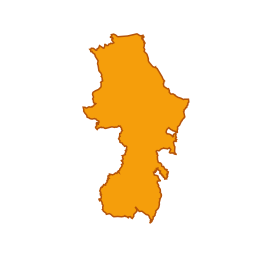 the district of Tianguistengo, Hidalgo, Mexico, rotated 314°
{"feature_id": "50627088B25883643006706", "entity_name": "Tianguistengo", "entity_type": "district", "adm_level": 2, "iso_a3": "MEX", "parent_name": "Mexico", "parent_adm1": "Hidalgo", "projection": "equal_earth", "projection_center": [-98.571, 20.781], "detail": "fine", "context": "isolated", "style": "filled", "palette": "amber", "viewbox_px": 256, "rotation_deg": 314, "n_neighbors": 0, "source": "geoboundaries", "source_scale": "gbopen_adm2", "svg_char_len": 5916}
<svg xmlns="http://www.w3.org/2000/svg" viewBox="0 0 256 256"><g transform="rotate(314 128 128)"><path d="M158.1,45.9L158.0,46.9L157.2,48.1L157.2,48.5L158.0,48.9L157.6,50.3L158.0,52.7L157.6,53.0L157.4,54.2L156.8,54.7L155.6,59.8L153.0,61.5L152.2,63.1L148.9,67.4L149.2,67.9L148.7,68.9L148.8,70.0L148.0,72.2L147.2,72.8L146.5,72.9L146.4,74.0L145.8,75.0L145.1,75.5L144.8,76.5L144.0,77.1L143.2,76.6L141.9,76.7L142.0,77.1L139.2,79.8L138.3,80.1L135.2,80.0L132.1,78.7L129.4,78.1L128.4,78.5L127.4,79.3L126.3,81.7L124.3,82.4L124.2,83.2L122.5,85.4L122.4,86.3L123.2,87.9L122.2,88.0L121.5,87.5L120.0,87.9L118.5,87.2L118.2,87.5L117.0,86.6L116.1,85.2L113.6,84.4L113.2,83.9L113.1,82.8L111.8,81.3L110.3,83.7L109.4,84.3L108.8,86.4L108.5,89.4L107.4,91.1L108.1,92.7L108.4,94.3L109.5,96.0L111.5,97.3L111.6,97.9L112.2,98.5L112.0,100.0L112.7,102.3L111.8,103.2L110.7,102.3L110.8,103.4L110.6,103.6L110.3,102.7L110.3,103.3L109.9,103.9L110.1,103.2L109.8,102.8L109.7,103.3L108.9,101.7L109.1,102.8L108.0,103.5L107.9,104.1L106.2,104.0L105.7,104.5L105.5,106.9L107.2,106.7L110.0,108.1L110.0,108.8L111.3,109.9L111.7,111.6L112.2,112.2L117.7,115.6L119.2,118.0L119.8,118.1L120.4,119.0L121.7,119.8L122.9,119.7L123.2,120.6L123.9,121.0L124.0,121.4L123.5,122.1L123.4,123.5L122.4,124.5L122.3,125.7L120.7,125.8L119.3,126.5L118.3,125.9L116.4,127.6L116.4,128.1L115.3,128.0L114.8,128.6L113.7,128.7L113.3,131.0L112.3,131.8L112.2,132.3L113.1,134.5L112.6,135.5L112.7,137.2L112.4,138.3L113.6,138.9L113.6,140.3L112.2,141.1L111.4,142.3L110.3,141.7L109.8,141.8L109.7,143.0L107.5,143.6L107.0,144.5L104.0,143.1L104.1,144.0L102.7,144.8L102.5,146.0L101.4,146.4L100.0,145.8L99.8,146.4L100.0,147.9L99.4,148.2L98.9,149.3L97.3,148.7L97.0,149.7L95.9,150.3L93.0,150.6L91.7,151.3L90.4,150.9L89.7,152.4L89.6,151.5L89.1,150.9L87.6,151.5L86.9,150.2L85.4,150.2L83.6,149.4L82.0,146.7L81.0,147.9L80.7,147.8L80.2,146.9L79.5,147.0L78.6,147.9L78.7,149.3L77.4,148.7L77.0,149.7L75.7,149.4L75.1,150.7L75.2,149.9L74.2,150.7L72.5,150.5L71.4,151.5L70.8,151.0L70.6,149.9L70.3,149.8L69.0,150.4L68.1,150.0L67.5,150.6L66.5,149.9L64.9,150.5L64.3,151.0L63.1,151.4L62.9,153.0L61.8,153.4L61.8,154.8L60.7,154.6L60.6,156.0L59.0,157.4L58.1,157.7L56.9,156.5L56.4,156.8L56.0,158.2L56.9,158.3L57.1,158.9L56.3,161.4L55.4,162.1L55.2,163.4L54.7,164.3L53.7,164.6L52.3,166.2L51.5,166.2L51.5,167.3L51.1,168.0L51.5,171.2L50.9,172.4L53.5,174.1L54.0,175.9L54.0,178.0L54.3,179.4L57.3,182.1L59.7,185.1L61.6,186.5L62.7,186.7L62.6,187.6L63.4,188.6L63.5,190.0L64.0,190.1L63.9,190.6L65.0,190.4L66.0,191.4L65.6,192.6L65.9,193.9L68.5,193.5L69.8,192.2L74.3,192.2L75.7,190.5L75.9,188.7L76.4,188.7L75.8,194.1L77.8,195.8L78.4,201.4L79.0,201.9L79.4,203.3L79.2,204.6L78.5,205.7L77.9,208.4L77.1,208.3L76.0,209.4L75.2,209.6L75.3,209.9L77.4,210.1L78.7,209.2L78.8,209.5L79.9,209.3L81.8,207.7L82.3,208.2L84.2,208.0L84.7,207.3L86.8,206.6L87.4,205.6L91.0,205.6L92.3,205.2L94.9,203.6L96.1,202.2L98.8,200.7L99.0,200.0L99.5,200.2L101.8,199.5L102.9,198.7L102.8,198.3L103.4,198.0L103.9,196.8L103.9,195.7L104.9,195.4L106.3,193.7L107.1,190.3L108.1,189.9L108.8,187.1L110.2,186.1L112.9,188.2L112.5,187.3L112.9,185.4L113.8,183.3L114.2,183.1L113.9,181.8L112.5,179.6L113.9,177.1L115.0,178.3L115.3,177.6L116.1,178.1L116.2,177.8L116.3,178.1L117.6,178.0L117.8,177.8L117.6,177.2L118.6,176.5L119.0,177.0L119.9,177.3L119.0,178.2L119.0,179.3L119.1,180.0L119.4,180.6L119.1,180.9L119.4,181.3L118.8,181.5L118.7,182.0L117.7,182.1L117.6,183.0L118.2,184.0L117.8,184.7L118.0,185.7L117.5,185.8L117.8,187.2L117.3,187.4L117.2,187.9L117.7,188.9L116.8,189.9L118.2,191.1L118.5,190.5L119.5,190.6L120.2,189.9L120.6,190.1L121.0,189.1L121.6,189.1L121.5,188.5L122.0,188.7L122.5,187.8L123.0,188.3L124.4,187.5L124.2,185.1L125.1,184.9L124.0,183.0L125.0,180.3L124.5,180.0L124.0,178.7L125.2,177.4L125.4,175.7L124.8,175.0L124.4,173.5L126.1,170.7L126.7,170.3L127.7,169.0L129.2,168.4L129.3,166.7L130.1,166.7L130.4,165.0L130.9,164.4L131.9,164.5L133.2,166.2L136.4,166.5L137.6,167.4L138.4,167.5L138.6,168.3L140.0,170.1L140.3,170.9L141.4,171.1L141.9,171.6L142.4,171.5L142.3,173.7L139.3,174.6L139.1,175.0L139.6,176.2L140.8,177.0L140.9,177.4L141.8,178.3L141.4,179.2L142.7,181.4L142.5,179.7L142.9,178.8L143.7,177.6L147.0,174.8L147.4,173.4L149.2,170.7L150.2,170.3L150.6,170.8L151.3,170.8L151.6,171.9L152.2,171.9L152.5,170.8L153.5,170.9L153.2,169.7L153.7,169.2L154.9,169.3L155.4,167.8L156.7,167.0L157.6,165.8L157.0,165.5L156.1,165.7L155.2,165.2L154.0,165.6L153.7,166.4L152.9,166.4L153.1,165.5L152.8,164.9L152.9,163.4L152.1,161.5L151.0,160.3L151.3,158.5L152.0,157.9L153.9,157.0L156.6,157.1L156.6,159.6L157.1,161.1L157.1,161.9L158.5,164.5L158.9,166.4L159.2,166.5L160.6,164.9L161.7,164.5L163.2,162.9L165.8,163.1L170.1,161.6L170.8,161.8L171.8,161.3L174.2,161.4L174.6,161.0L175.4,161.2L178.5,156.5L179.1,156.6L180.2,155.6L181.9,155.9L182.8,155.3L183.6,155.9L185.1,154.9L186.2,155.0L186.6,154.4L187.9,153.7L188.9,153.7L190.7,151.5L187.8,148.5L187.0,148.1L186.2,145.4L184.7,142.5L184.1,139.2L184.4,139.0L183.8,136.7L182.2,135.3L182.4,132.8L183.5,132.0L184.4,129.8L183.7,129.4L183.5,128.7L182.8,125.0L184.4,122.6L185.3,122.5L186.3,121.5L187.2,121.6L187.4,119.4L188.5,116.8L191.0,107.6L190.7,105.7L191.0,105.4L190.3,105.3L189.3,103.2L189.9,97.6L190.5,95.9L192.0,94.5L194.1,90.6L194.3,89.7L194.3,86.4L196.1,85.4L196.8,83.3L197.9,82.9L200.1,81.1L200.4,80.5L200.7,81.3L200.9,81.2L202.0,77.5L202.5,76.5L201.8,76.8L201.9,75.9L203.6,74.7L203.6,76.2L204.1,76.4L204.8,75.8L204.5,75.2L205.1,74.4L203.3,73.3L202.6,72.0L202.1,69.4L201.6,68.8L193.9,63.8L186.7,57.4L186.4,56.8L186.3,54.6L185.8,53.1L185.5,52.4L183.6,51.2L183.2,52.2L181.2,52.2L181.1,52.5L182.1,53.4L182.3,54.2L181.8,55.2L181.0,54.5L180.0,55.3L179.5,58.6L177.7,58.0L177.0,56.7L176.3,56.8L175.1,56.0L173.4,56.3L172.7,55.6L172.4,53.7L172.0,53.3L170.9,54.3L168.8,55.2L168.3,54.7L167.5,50.3L165.2,51.3L163.3,50.8L162.5,51.4L161.9,51.2L161.6,50.7L161.3,47.9L159.9,46.2L158.9,46.5L158.1,45.9Z" fill="#f59e0b" stroke="#b45309" stroke-width="1.5"/></g></svg>